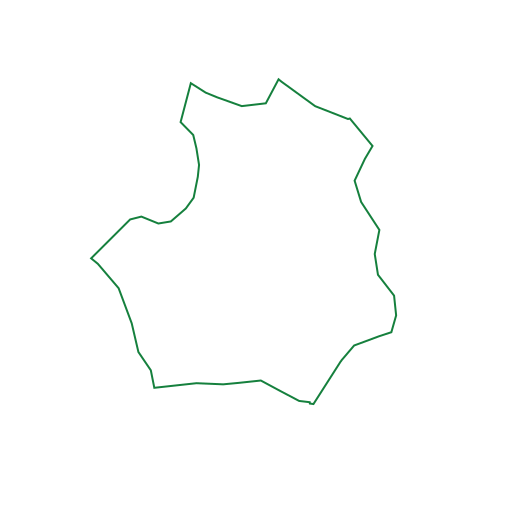 Anyang-si, Gyeonggi, South Korea, rotated 126°
{"feature_id": "91817680B30491742711894", "entity_name": "Anyang-si", "entity_type": "district", "adm_level": 2, "iso_a3": "KOR", "parent_name": "South Korea", "parent_adm1": "Gyeonggi", "projection": "mercator", "projection_center": [126.93, 37.391], "detail": "fine", "context": "isolated", "style": "outline", "palette": "green", "viewbox_px": 512, "rotation_deg": 126, "n_neighbors": 0, "source": "geoboundaries", "source_scale": "gbopen_adm2", "svg_char_len": 821}
<svg xmlns="http://www.w3.org/2000/svg" viewBox="0 0 512 512"><g transform="rotate(126 256 256)"><path d="M99.8,341.6L126.7,337.8L143.1,355.6L150.5,380.8L153.4,392.7L154.5,410.3L192.0,395.7L195.0,377.9L203.9,367.5L215.8,355.6L226.2,349.6L245.5,340.7L254.9,340.7L258.8,340.7L278.1,345.2L287.1,354.1L291.5,371.9L300.4,379.3L354.8,388.0L355.3,379.3L362.8,348.2L383.5,317.0L402.8,294.7L410.3,273.9L422.4,260.8L393.9,229.4L379.1,207.1L368.7,195.3L353.9,178.9L350.9,156.7L347.9,135.9L342.7,126.6L343.7,125.7L342.0,122.5L291.5,125.5L290.9,125.4L290.0,125.5L270.7,124.0L248.5,109.2L238.1,101.7L221.7,107.7L206.9,121.0L199.9,144.9L199.5,146.3L184.6,161.1L162.4,171.5L150.5,202.7L137.1,220.5L113.4,225.0L98.5,226.4L89.6,260.9L91.1,262.1L100.0,296.2L100.0,337.8L99.8,341.6Z" fill="none" stroke="#15803d" stroke-width="2"/></g></svg>